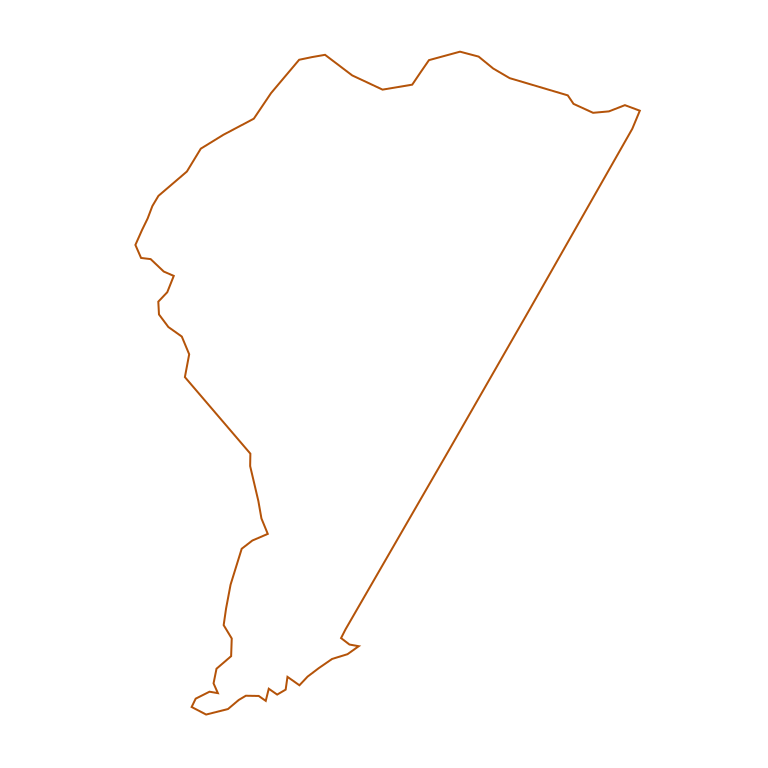 Ipiranga de Goiás, Goiás, Brazil (Natural Earth projection), rotated 181°
{"feature_id": "56859067B30942518683814", "entity_name": "Ipiranga de Goiás", "entity_type": "district", "adm_level": 2, "iso_a3": "BRA", "parent_name": "Brazil", "parent_adm1": "Goiás", "projection": "natural_earth1", "projection_center": [-49.647, -15.147], "detail": "fine", "context": "isolated", "style": "outline", "palette": "amber", "viewbox_px": 768, "rotation_deg": 181, "n_neighbors": 0, "source": "geoboundaries", "source_scale": "gbopen_adm2", "svg_char_len": 1107}
<svg xmlns="http://www.w3.org/2000/svg" viewBox="0 0 768 768"><g transform="rotate(181 384 384)"><path d="M635.0,518.7L629.1,505.8L619.5,504.8L606.2,492.6L596.1,488.4L602.3,472.0L611.1,462.4L610.2,449.6L600.6,437.2L587.0,427.9L579.3,410.3L583.2,387.4L516.4,312.0L516.4,299.6L507.6,264.9L504.2,247.4L497.6,232.1L512.9,225.2L523.4,216.8L533.9,180.7L538.0,156.7L540.1,140.1L531.8,126.9L532.1,109.2L546.5,96.4L549.2,81.7L544.7,72.0L553.1,73.3L566.8,66.1L570.7,57.7L556.1,50.4L534.3,56.3L523.8,65.5L516.7,69.9L503.8,69.9L496.7,65.1L493.9,77.3L485.4,71.6L477.0,76.7L475.4,89.5L463.3,81.3L455.3,90.1L444.1,98.9L431.1,108.2L415.8,113.2L404.7,121.4L414.0,122.9L422.5,129.2L418.2,138.0L317.5,319.7L239.1,462.2L140.2,643.5L133.0,661.7L148.0,667.0L163.9,660.5L179.7,658.8L199.4,667.4L205.3,675.8L263.7,692.0L280.4,701.4L295.1,713.0L313.8,717.6L344.7,708.6L352.4,697.0L361.0,683.8L390.6,678.3L421.2,692.0L448.7,712.1L461.7,709.6L474.5,706.7L502.0,672.9L518.8,647.0L548.9,630.4L571.3,616.1L584.8,593.0L612.8,568.2L618.7,557.9L623.2,545.4L628.6,533.8L635.0,518.7Z" fill="none" stroke="#b45309" stroke-width="2"/></g></svg>